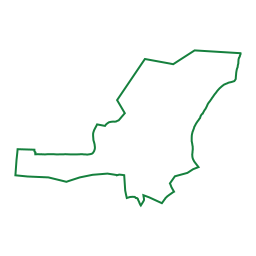 the district of Beane Field, Vieux Fort, Saint Lucia
{"feature_id": "8701671B19465815393412", "entity_name": "Beane Field", "entity_type": "district", "adm_level": 2, "iso_a3": "LCA", "parent_name": "Saint Lucia", "parent_adm1": "Vieux Fort", "projection": "orthographic", "projection_center": [-60.946, 13.74], "detail": "fine", "context": "isolated", "style": "outline", "palette": "green", "viewbox_px": 256, "rotation_deg": 0, "n_neighbors": 0, "source": "geoboundaries", "source_scale": "gbopen_adm2", "svg_char_len": 4965}
<svg xmlns="http://www.w3.org/2000/svg" viewBox="0 0 256 256"><path d="M117.1,175.2L117.5,175.1L119.2,174.6L122.1,174.9L124.2,175.2L125.2,190.5L126.0,194.5L126.8,198.0L130.0,197.0L131.4,196.9L131.6,196.9L132.5,196.8L133.9,196.9L134.5,196.9L134.8,197.0L135.0,197.1L135.2,197.3L135.3,197.4L135.4,197.5L135.6,197.9L135.9,198.0L136.1,198.1L136.4,198.1L136.6,198.0L136.8,198.0L137.0,198.1L137.4,198.4L137.7,198.7L137.7,198.8L137.9,199.1L137.9,199.3L138.0,199.4L138.0,199.6L138.1,199.8L138.2,200.1L138.6,200.9L138.8,201.2L138.9,201.5L139.0,201.7L139.1,201.9L139.2,202.2L139.3,202.3L139.3,202.5L139.4,202.8L139.6,203.2L139.7,203.4L139.7,203.5L139.9,203.9L140.1,204.3L140.4,204.9L140.5,205.1L140.8,205.5L141.1,205.0L141.5,204.4L142.0,203.6L142.8,202.3L143.6,200.9L143.7,200.7L144.0,200.0L144.0,199.5L144.0,199.4L144.0,199.1L143.9,198.4L143.8,197.8L143.7,197.1L143.6,196.7L143.4,195.2L149.3,197.4L161.9,203.2L162.0,203.1L162.2,202.7L163.2,201.4L163.5,200.9L163.9,200.4L164.2,199.9L164.7,199.3L164.9,199.0L165.1,198.8L165.3,198.3L165.5,198.1L166.2,197.4L166.6,197.1L166.8,196.8L167.3,196.3L167.9,195.9L169.0,195.1L169.2,194.9L170.1,194.3L170.7,193.9L171.4,193.4L171.8,193.1L172.4,192.7L172.8,192.4L173.4,192.0L173.6,191.9L174.0,191.7L171.4,187.1L171.2,186.6L171.0,186.0L170.4,184.4L169.9,183.4L170.9,182.0L174.9,176.3L187.4,172.9L193.1,169.2L198.5,167.1L197.6,165.9L197.2,165.4L195.8,163.6L194.3,161.6L194.1,161.3L193.8,160.7L193.6,160.2L193.2,159.6L192.9,158.8L192.6,157.9L192.4,156.8L192.3,155.8L192.3,155.2L192.2,154.5L192.3,154.2L192.4,152.9L192.5,152.6L192.5,151.8L192.6,150.7L192.7,150.3L192.7,149.2L192.8,149.1L192.7,147.6L192.7,146.6L192.4,145.1L192.3,144.6L192.3,144.1L192.1,143.2L192.0,142.7L191.9,141.9L191.7,141.4L191.7,141.1L191.7,140.0L191.7,139.0L191.7,137.9L191.7,137.7L191.8,135.5L192.0,134.2L192.1,133.8L192.6,131.7L193.1,130.6L193.2,130.2L193.4,129.6L193.7,129.0L194.3,127.0L194.3,126.8L194.8,126.0L195.0,125.7L195.3,125.0L195.5,124.7L195.7,124.3L196.1,123.5L196.8,122.5L197.7,121.1L197.8,121.0L198.3,120.5L198.7,119.8L199.3,118.9L199.6,118.5L199.8,118.4L200.0,118.1L200.2,117.6L200.4,116.7L200.7,115.9L200.8,115.8L201.1,115.3L201.3,114.9L201.7,114.4L202.5,113.6L202.7,113.3L202.8,113.3L202.8,113.2L203.3,112.4L203.4,112.2L204.5,110.2L205.3,109.2L205.9,108.1L206.1,107.8L206.5,106.9L207.0,105.9L207.2,105.4L207.6,104.4L207.9,103.9L208.4,103.1L208.8,102.5L209.3,101.9L209.8,101.3L210.1,100.9L210.9,99.7L211.5,98.9L212.0,98.0L212.2,97.8L213.0,96.7L213.6,95.8L213.8,95.5L214.0,95.2L214.3,94.8L214.8,94.1L215.6,93.2L216.1,92.5L216.3,92.3L216.7,91.7L217.1,91.1L217.4,90.8L217.9,90.2L218.2,89.8L218.9,89.1L219.4,88.5L219.8,88.1L220.3,87.7L221.5,86.6L222.0,86.2L222.6,85.7L223.4,85.1L223.7,84.9L223.8,84.8L224.4,84.4L224.8,84.3L225.3,84.1L225.9,83.8L226.5,83.6L227.0,83.4L227.5,83.2L227.8,83.0L228.1,82.9L228.4,82.7L229.3,82.5L229.6,82.4L230.7,82.2L231.8,81.9L233.1,81.5L234.0,81.2L234.3,81.1L234.6,80.7L235.0,80.2L235.3,79.7L235.6,79.3L235.7,78.8L235.8,78.2L235.8,77.9L235.8,77.5L235.9,76.4L236.0,75.2L236.1,74.3L236.2,72.8L236.3,72.3L236.4,71.5L236.6,70.5L236.7,69.8L237.0,68.7L237.2,68.1L237.4,67.8L237.6,67.3L237.8,65.5L238.0,64.6L238.1,64.2L238.3,63.7L238.4,61.3L238.5,60.3L238.5,59.7L238.7,58.9L239.0,57.8L239.2,57.7L239.4,57.3L239.5,56.9L239.8,56.5L239.9,55.5L240.2,55.0L240.5,54.3L240.6,53.7L240.5,53.2L240.4,53.2L194.6,50.4L178.9,60.5L173.2,64.2L169.6,63.5L144.9,59.0L117.1,100.1L124.8,113.2L123.5,114.7L123.1,115.2L122.2,116.2L120.7,118.0L119.5,119.4L118.7,120.3L118.0,120.6L117.4,120.8L116.1,121.5L114.6,121.7L113.2,121.6L112.1,121.7L111.2,121.8L110.1,122.0L108.9,122.3L107.3,123.4L106.0,124.5L105.0,125.9L97.1,124.4L96.2,126.2L95.6,127.3L95.2,128.0L95.0,128.5L94.6,129.2L94.4,129.6L94.1,130.2L93.8,131.1L93.4,132.3L93.2,133.2L93.1,133.8L93.1,134.5L93.1,134.8L93.1,135.6L93.1,136.1L93.2,136.7L93.2,137.2L93.3,138.1L93.4,139.9L93.6,140.8L93.8,141.4L94.0,142.1L94.2,142.7L94.3,143.3L94.5,144.0L94.6,144.6L94.7,145.2L94.7,145.7L94.8,146.4L94.9,146.9L94.9,147.5L94.9,148.1L94.8,148.7L94.8,148.9L94.7,149.3L94.5,149.9L94.3,150.5L94.2,150.9L93.9,151.4L93.6,151.9L93.3,152.4L93.1,152.7L92.8,153.0L92.3,153.5L91.3,153.9L90.5,154.1L89.3,154.3L87.9,154.5L87.3,154.6L86.1,154.5L85.5,154.4L84.6,154.4L83.8,154.4L83.1,154.3L82.3,154.2L81.7,154.2L80.6,154.2L79.6,154.3L78.5,154.3L77.3,154.4L76.4,154.4L75.2,154.4L74.1,154.4L73.0,154.4L72.3,154.4L71.4,154.4L70.4,154.4L67.7,154.3L65.2,154.2L63.9,154.3L63.2,154.3L60.2,154.3L58.2,154.4L56.6,154.4L55.0,154.3L53.6,154.2L52.1,154.2L50.4,154.2L48.9,154.2L47.7,154.2L46.4,154.3L46.2,154.3L45.4,154.4L44.4,154.4L43.1,154.3L42.8,154.3L41.8,154.3L41.4,154.2L40.8,154.3L37.6,154.2L35.3,154.3L35.2,153.5L35.3,152.9L35.5,152.6L35.4,152.3L35.1,152.0L34.8,151.8L34.5,151.5L34.4,149.7L17.6,149.2L17.3,152.6L16.5,160.1L15.6,172.6L15.4,175.3L27.6,176.5L34.6,176.8L48.4,177.4L60.7,180.4L66.4,181.8L68.7,181.0L79.8,177.4L92.6,174.8L107.4,173.6L113.4,174.5L117.1,175.1L117.1,175.2Z" fill="none" stroke="#15803d" stroke-width="2"/></svg>